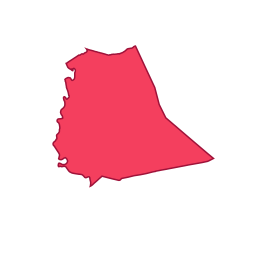 Matam, Matam, Senegal (Albers equal-area conic projection), rotated 215°
{"feature_id": "50182788B95113260184043", "entity_name": "Matam", "entity_type": "district", "adm_level": 2, "iso_a3": "SEN", "parent_name": "Senegal", "parent_adm1": "Matam", "projection": "albers", "projection_center": [-13.438, 15.719], "detail": "fine", "context": "isolated", "style": "filled", "palette": "rose", "viewbox_px": 256, "rotation_deg": 215, "n_neighbors": 0, "source": "geoboundaries", "source_scale": "gbopen_adm2", "svg_char_len": 5831}
<svg xmlns="http://www.w3.org/2000/svg" viewBox="0 0 256 256"><g transform="rotate(215 128 128)"><path d="M215.5,145.7L215.3,145.5L215.3,145.4L215.5,145.3L214.6,144.7L213.4,144.0L212.3,143.3L211.5,143.1L210.7,143.0L209.8,143.0L209.1,143.1L208.8,143.2L208.7,143.2L206.8,143.1L206.4,143.1L206.1,143.3L206.2,143.6L206.3,143.8L206.4,143.7L206.5,143.7L206.8,143.5L207.0,143.5L208.0,143.4L208.3,143.6L207.2,144.6L207.0,144.9L206.8,145.5L206.6,145.7L206.2,145.9L205.8,145.8L205.2,145.7L204.5,145.4L204.3,145.1L203.9,144.6L203.5,143.8L203.4,143.3L203.3,142.8L203.2,142.5L203.0,142.3L202.8,142.0L202.3,141.3L201.6,140.3L201.3,139.9L200.8,139.1L200.3,138.0L200.1,137.4L200.2,137.0L200.3,136.3L200.6,135.5L200.9,135.1L201.1,134.9L201.5,134.9L202.4,135.2L203.3,135.7L203.8,135.8L204.1,135.9L204.3,135.8L204.8,135.6L205.7,135.2L206.1,134.9L206.3,134.6L207.0,133.4L207.4,132.4L207.5,132.0L207.5,131.7L207.4,131.4L207.1,131.2L206.3,130.7L206.0,130.1L205.7,130.0L205.2,129.7L204.7,129.2L204.1,128.5L203.3,127.7L202.2,126.6L201.8,126.1L201.4,125.7L199.9,124.7L198.7,123.9L197.6,123.0L196.4,121.9L195.5,121.0L195.3,120.8L195.2,120.8L195.0,120.7L194.7,120.7L194.1,119.8L194.0,119.5L194.0,119.2L194.1,118.4L194.3,117.4L194.4,116.9L194.6,116.6L194.8,116.4L195.0,116.4L195.3,116.4L195.7,116.6L196.0,116.9L196.6,117.1L197.3,117.2L197.7,117.2L198.1,117.1L198.3,116.7L198.4,116.4L198.3,116.0L198.0,115.5L197.3,114.8L196.3,114.0L195.9,113.7L195.6,113.7L195.3,113.6L195.1,113.4L194.7,113.0L194.1,112.3L193.5,111.6L192.9,110.6L192.5,109.7L192.4,109.1L192.4,108.6L192.4,108.0L192.4,107.7L192.8,105.9L193.1,105.1L193.1,104.8L193.1,104.4L193.0,103.8L192.7,103.3L192.5,102.6L192.3,102.2L192.1,102.0L191.3,101.4L190.4,100.8L189.9,100.6L189.5,100.5L189.1,100.5L188.8,100.2L188.1,99.7L187.6,99.2L187.2,98.7L187.1,98.4L187.2,98.2L187.5,98.0L187.7,97.9L188.1,97.3L188.4,97.0L189.5,96.1L190.1,95.6L190.5,95.1L190.6,94.6L190.6,94.0L190.4,93.5L190.1,93.1L189.7,92.7L189.2,92.5L188.1,92.5L187.7,92.4L187.1,92.1L186.1,91.4L184.3,89.5L183.7,88.7L183.5,88.1L183.3,87.5L183.1,87.1L182.3,86.0L182.1,85.4L182.0,84.7L182.0,83.8L182.2,82.7L182.4,81.8L182.3,81.1L182.0,80.6L181.6,80.2L181.0,79.5L180.7,79.2L180.4,78.9L180.3,78.5L180.1,78.2L180.3,77.9L180.2,76.5L180.2,76.3L180.1,75.8L180.3,75.2L180.5,74.4L180.6,74.1L180.7,73.5L180.7,73.3L180.6,72.9L180.5,72.4L180.3,72.1L180.1,71.8L179.6,71.3L179.2,71.1L178.6,70.9L178.1,70.9L177.6,70.8L177.1,70.5L176.2,70.1L175.3,69.8L174.9,69.6L174.1,69.3L172.4,68.6L171.9,68.4L171.3,68.2L170.4,67.8L169.2,67.2L168.6,66.5L168.2,65.9L168.1,65.5L167.9,65.0L167.8,64.7L167.6,64.4L167.4,63.6L167.2,63.1L166.7,62.9L166.0,63.0L165.4,63.2L164.9,63.5L164.3,64.0L164.1,64.3L163.9,64.7L163.6,65.2L163.4,66.0L163.0,66.8L162.6,67.5L162.3,67.8L162.1,67.8L161.5,67.7L161.0,67.6L160.1,67.4L159.2,66.8L158.7,66.5L158.3,65.9L158.2,65.3L158.0,64.5L158.1,63.7L158.3,62.9L158.7,62.0L159.3,61.5L159.9,61.0L160.2,60.8L160.8,60.5L161.3,60.3L162.1,60.3L163.0,60.1L163.4,60.1L164.1,59.8L164.4,59.5L164.5,59.2L164.4,58.8L164.2,58.5L164.0,57.8L163.8,57.5L163.6,57.2L163.2,56.9L163.0,56.7L162.7,56.6L162.4,56.7L162.3,56.8L162.0,57.2L161.7,57.6L161.2,57.9L160.7,58.1L160.3,58.2L159.9,58.4L159.3,59.1L158.8,59.6L158.0,60.2L157.3,60.4L156.8,60.5L156.2,60.4L155.8,60.3L155.5,60.1L155.1,60.0L154.6,59.8L153.0,59.2L151.7,58.8L151.1,58.7L150.7,58.6L150.4,58.7L148.6,58.9L147.6,59.2L146.2,59.8L144.1,60.8L141.9,61.9L141.4,62.2L140.3,62.8L139.3,63.3L138.6,63.4L137.9,63.4L136.2,63.1L135.3,62.8L134.9,62.8L134.4,62.9L133.8,63.3L133.5,63.8L132.6,65.2L132.1,65.6L131.9,65.7L131.5,65.7L131.1,65.5L130.6,65.2L130.2,64.7L129.0,63.5L127.9,62.6L127.1,61.7L126.6,60.9L126.0,59.8L125.6,59.0L125.5,58.7L125.2,59.2L124.6,60.8L124.3,62.2L124.0,63.8L123.6,65.2L123.4,66.2L123.2,66.9L122.9,68.3L122.6,69.7L122.3,70.9L121.9,72.4L121.7,73.6L111.6,77.4L108.4,78.7L105.6,79.8L105.3,80.0L105.0,80.3L104.7,80.6L104.6,81.0L104.4,81.9L104.4,82.7L104.3,82.9L104.2,83.1L99.8,87.7L95.7,92.4L91.1,96.8L86.8,101.3L82.5,106.3L80.5,108.3L80.4,108.7L79.1,110.0L78.0,111.1L76.9,112.3L72.9,116.3L70.6,118.7L66.4,123.0L59.2,130.4L57.2,132.5L47.6,142.1L43.7,146.3L43.0,147.4L40.5,152.1L47.8,152.7L73.3,155.1L102.9,158.0L115.9,165.1L129.3,176.5L149.1,187.9L168.9,199.4L169.1,199.2L169.4,198.9L169.6,198.5L169.8,198.1L170.0,197.6L170.0,197.1L170.2,196.6L170.4,196.2L170.6,195.7L171.0,195.2L171.6,194.8L171.9,194.5L172.2,194.2L172.3,194.0L172.7,193.7L173.0,193.4L173.2,193.2L173.4,193.0L173.6,192.6L173.9,192.4L174.0,192.1L174.1,191.3L174.2,190.9L174.4,190.4L174.5,189.9L174.6,189.5L174.7,188.9L175.0,188.3L175.2,188.0L175.3,187.6L175.6,186.9L175.9,186.3L176.6,185.5L176.8,184.8L177.2,184.6L177.4,184.2L177.5,183.8L177.9,183.6L178.2,183.4L178.6,183.2L179.1,182.7L179.4,182.4L179.7,182.1L180.1,181.7L180.6,181.3L181.1,180.9L181.4,180.6L182.4,180.0L182.7,179.7L183.0,179.4L183.3,179.2L183.7,178.8L183.9,178.4L184.2,178.1L184.4,177.8L184.7,177.6L185.0,177.4L185.1,177.1L185.4,176.7L185.8,176.5L186.4,176.3L186.9,176.1L187.4,175.9L188.0,175.7L189.4,175.3L190.1,175.0L190.6,174.9L191.4,174.5L192.0,174.4L192.4,174.2L192.8,174.1L193.4,173.8L193.9,173.6L194.7,173.4L195.3,173.1L196.0,172.8L197.2,172.5L197.8,172.2L199.1,171.7L199.8,171.5L200.3,171.3L200.9,171.2L201.4,171.0L202.0,170.7L202.8,170.5L203.4,170.2L204.0,170.0L205.1,169.6L205.5,169.5L206.0,169.3L206.5,169.3L206.8,169.0L207.3,168.9L207.0,168.8L206.5,168.4L206.0,168.1L205.8,167.8L205.5,167.1L205.5,166.8L205.6,166.4L205.7,166.1L205.9,165.5L206.2,165.3L206.4,165.1L206.4,164.9L206.6,164.3L206.8,163.9L206.8,163.5L206.9,163.2L207.2,162.8L207.6,162.6L207.9,162.6L208.2,162.3L208.5,162.0L208.7,161.4L208.9,160.9L209.0,160.4L209.2,160.2L209.4,159.9L209.6,159.8L210.0,159.7L210.1,159.4L210.3,159.0L210.5,158.5L210.7,158.0L210.9,157.4L212.4,153.7L212.9,152.4L213.5,150.9L214.2,149.3L215.2,146.6L215.5,145.7Z" fill="#f43f5e" stroke="#9f1239" stroke-width="1.5"/></g></svg>